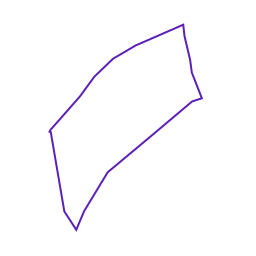 outline of 26, Ad Dawhah, Qatar, rotated 157°
{"feature_id": "91078587B74187630814278", "entity_name": "26", "entity_type": "district", "adm_level": 2, "iso_a3": "QAT", "parent_name": "Qatar", "parent_adm1": "Ad Dawhah", "projection": "albers", "projection_center": [51.545, 25.271], "detail": "fine", "context": "isolated", "style": "outline", "palette": "violet", "viewbox_px": 256, "rotation_deg": 157, "n_neighbors": 0, "source": "geoboundaries", "source_scale": "gbopen_adm2", "svg_char_len": 405}
<svg xmlns="http://www.w3.org/2000/svg" viewBox="0 0 256 256"><g transform="rotate(157 128 128)"><path d="M36.8,201.5L88.7,201.0L114.7,197.6L138.9,188.4L159.8,175.9L200.0,156.6L201.7,155.2L201.4,154.9L200.7,154.4L219.2,76.1L215.4,54.5L204.3,65.3L201.0,68.5L164.0,95.2L114.1,110.3L58.6,127.4L48.4,126.5L47.6,154.1L44.2,166.4L40.1,190.4L36.8,201.5Z" fill="none" stroke="#5b21b6" stroke-width="2"/></g></svg>